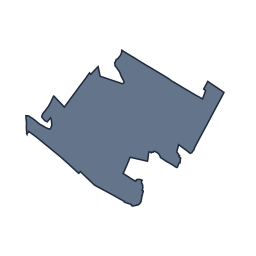 outline of Tamadau Mare, Calarasi, Romania, rotated 260°
{"feature_id": "2599482B39728516719627", "entity_name": "Tamadau Mare", "entity_type": "district", "adm_level": 2, "iso_a3": "ROU", "parent_name": "Romania", "parent_adm1": "Calarasi", "projection": "natural_earth1", "projection_center": [26.573, 44.474], "detail": "fine", "context": "isolated", "style": "filled", "palette": "slate", "viewbox_px": 256, "rotation_deg": 260, "n_neighbors": 0, "source": "geoboundaries", "source_scale": "gbopen_adm2", "svg_char_len": 5249}
<svg xmlns="http://www.w3.org/2000/svg" viewBox="0 0 256 256"><g transform="rotate(260 128 128)"><path d="M155.1,45.5L154.9,45.4L154.5,45.1L154.3,45.0L154.1,44.9L153.7,45.0L151.2,46.4L149.9,47.2L149.7,47.3L148.5,49.0L148.2,49.4L148.1,49.5L148.8,50.4L151.5,53.5L150.9,53.7L149.2,53.9L144.8,53.6L144.3,53.5L143.8,53.3L141.6,52.1L140.9,51.3L140.7,51.1L140.4,50.9L140.5,50.5L141.5,48.9L142.2,47.7L143.0,46.6L144.1,45.5L146.4,42.6L147.8,41.0L149.3,39.8L150.6,38.8L154.3,35.4L155.1,34.4L155.7,33.7L156.9,32.6L157.3,31.9L157.6,30.7L157.9,29.6L154.8,29.2L153.1,29.1L152.5,29.1L151.5,29.0L150.7,28.9L148.7,28.5L147.8,28.3L144.0,27.7L141.8,27.5L139.7,27.3L139.4,27.4L139.7,27.5L140.2,27.9L140.4,28.2L140.9,28.8L141.8,29.6L140.7,30.7L137.2,34.1L134.9,36.3L129.9,40.6L111.5,56.4L103.1,63.0L95.8,68.6L92.2,71.3L91.9,71.6L93.4,73.5L89.0,76.7L77.7,85.0L76.6,86.3L74.1,89.4L72.5,91.5L67.4,98.0L63.5,102.9L62.7,103.8L61.8,105.0L61.6,105.2L60.7,106.2L60.4,106.6L59.9,107.2L59.7,107.6L59.3,107.9L58.7,108.7L58.4,109.1L57.3,110.4L57.0,111.0L56.4,111.6L55.8,111.4L55.2,112.3L54.3,114.0L53.0,116.3L52.5,117.3L52.1,118.0L51.2,117.9L51.1,118.0L50.8,118.3L50.7,118.4L50.5,118.6L50.4,118.9L50.4,119.0L50.5,119.1L50.5,119.3L50.4,119.5L50.3,119.8L50.4,120.1L50.4,120.5L50.3,120.9L50.4,121.0L50.4,121.5L50.4,121.8L50.4,122.2L50.4,122.4L50.4,122.5L50.4,122.8L50.5,123.0L50.7,123.3L50.7,123.6L50.5,123.8L50.5,124.0L50.5,124.4L50.5,124.7L50.6,124.9L50.7,125.0L50.9,125.3L51.0,125.4L51.0,125.5L51.2,126.0L51.5,126.5L51.9,126.8L52.0,126.9L52.2,127.0L52.4,127.3L52.7,127.6L53.0,127.8L53.3,128.1L53.5,128.0L53.8,128.1L54.0,128.2L54.5,128.4L54.6,128.5L54.8,128.6L55.1,128.6L55.3,128.7L55.6,128.9L55.7,129.0L55.9,129.0L56.2,129.0L56.4,129.1L56.7,129.3L56.9,129.4L57.2,129.5L57.4,129.6L57.6,129.6L57.9,129.7L58.1,129.8L58.3,129.8L58.5,129.9L58.8,130.1L59.1,130.3L59.3,130.4L59.3,130.5L59.5,130.6L59.9,130.5L60.0,130.5L60.5,130.8L60.8,130.9L61.3,131.1L61.6,131.4L62.1,131.6L62.6,131.9L62.9,132.0L63.5,132.0L63.8,131.8L64.2,131.1L66.1,132.1L68.5,132.5L69.2,132.5L70.0,132.4L71.1,132.0L72.0,131.9L72.5,131.8L73.0,132.1L73.7,132.6L74.1,132.9L74.9,131.6L75.0,131.3L75.2,130.9L75.4,130.4L75.5,129.7L75.7,128.9L75.7,128.3L75.7,128.0L75.7,127.5L75.5,127.2L75.2,127.0L74.6,126.8L74.3,126.6L74.2,126.4L74.6,125.7L78.3,121.5L79.5,120.3L80.7,119.0L81.5,118.1L82.1,117.4L82.6,116.9L82.9,116.6L84.0,115.3L86.9,117.3L91.9,120.6L98.8,125.0L91.9,141.4L94.1,142.2L99.2,143.8L99.7,144.0L100.4,144.3L100.9,144.7L100.6,145.2L100.5,145.6L99.9,146.3L99.6,146.7L99.8,146.8L100.1,147.2L100.0,147.9L99.8,148.2L99.8,148.4L99.8,148.7L100.3,149.2L100.6,149.7L99.2,151.9L98.6,152.6L97.8,153.2L97.3,153.6L96.6,154.0L94.9,154.6L94.0,154.8L93.3,154.8L91.4,156.9L90.5,157.8L89.9,158.5L88.5,160.0L88.0,160.6L87.8,160.8L87.0,161.8L86.0,163.1L85.3,163.8L84.1,165.3L83.6,165.8L80.8,168.8L80.7,169.0L80.6,169.3L80.8,169.7L81.4,170.3L82.1,170.5L83.4,171.4L83.9,171.7L84.5,172.2L84.7,172.4L84.7,172.5L84.7,173.3L84.8,173.3L85.1,173.4L86.4,173.7L87.3,173.9L87.5,173.9L88.3,174.2L89.3,174.7L89.9,174.1L91.1,173.3L91.6,173.9L91.7,174.0L92.3,173.6L92.9,173.3L93.4,173.1L93.6,173.0L94.1,172.8L94.5,172.6L94.9,172.4L95.2,172.2L95.7,171.9L96.2,172.1L96.9,172.2L97.6,172.5L99.4,173.4L102.8,175.0L101.8,175.9L99.0,178.6L95.2,182.2L92.3,184.7L92.4,185.4L92.5,185.7L92.5,186.3L92.6,186.6L92.8,186.8L93.5,187.3L93.7,187.5L94.9,189.0L95.6,189.4L96.5,190.0L97.2,190.3L97.4,190.4L105.5,196.7L108.3,198.9L111.1,201.1L117.1,205.9L132.8,218.1L140.1,223.9L142.3,225.6L145.8,228.3L146.5,228.7L146.9,228.1L147.1,227.9L147.9,227.1L151.6,223.4L152.3,222.7L152.6,222.3L153.3,221.6L157.9,216.8L160.1,214.7L153.2,209.3L151.5,211.0L143.7,206.5L147.7,201.5L148.2,200.8L149.3,199.6L151.7,196.6L152.7,195.6L159.2,187.9L160.4,186.6L161.3,185.6L162.3,184.4L163.0,183.6L164.0,182.4L165.1,181.2L166.2,179.8L167.8,178.2L169.5,176.6L172.3,173.5L176.6,168.6L178.3,166.6L182.5,161.8L185.6,158.1L188.7,154.5L188.8,154.5L189.1,154.1L190.9,152.0L193.5,149.1L196.0,146.4L199.5,142.3L201.4,140.2L202.7,138.7L205.7,135.4L204.4,135.0L203.2,134.6L201.8,133.8L201.1,133.4L200.7,133.0L199.0,131.1L198.2,130.1L197.9,129.8L197.8,129.6L197.7,129.4L197.7,129.0L197.7,128.8L197.4,128.2L197.2,128.1L196.7,127.8L196.4,127.6L195.4,127.0L195.2,126.7L194.9,126.4L194.5,126.2L193.3,126.2L191.9,126.1L190.9,126.2L190.2,126.9L189.5,127.2L188.7,127.6L187.0,128.3L186.5,128.6L185.9,128.9L185.3,129.2L184.6,129.4L184.2,129.5L183.5,129.7L182.7,129.8L180.6,130.2L178.7,130.8L177.2,131.2L176.2,131.6L175.1,132.0L174.4,132.1L173.6,131.9L173.0,131.4L172.7,130.7L172.7,130.0L172.7,129.8L174.6,126.5L175.4,125.0L175.8,124.2L176.5,123.0L176.8,122.4L177.8,120.5L179.5,117.5L180.1,116.3L181.0,114.7L182.0,112.9L182.7,111.5L183.5,110.1L183.8,109.8L183.9,109.7L184.1,109.6L185.6,109.5L189.0,109.4L193.7,109.3L193.3,108.7L188.9,102.8L187.3,100.7L189.0,99.7L188.8,99.5L188.0,98.7L187.1,97.7L185.3,95.9L184.5,95.2L183.5,94.1L180.1,90.5L177.7,87.8L173.9,83.9L173.1,83.1L171.1,81.0L170.4,80.2L168.1,77.8L166.0,75.6L163.4,72.9L160.6,69.9L159.9,69.3L159.6,69.0L159.7,68.9L163.4,66.5L168.3,63.2L172.4,60.5L172.3,60.2L170.7,59.1L166.2,55.9L163.6,53.8L162.2,52.5L160.7,50.8L158.6,48.5L158.1,47.8L157.5,47.2L157.1,46.8L156.0,46.0L155.6,45.7L155.1,45.5Z" fill="#64748b" stroke="#1e293b" stroke-width="1.5"/></g></svg>